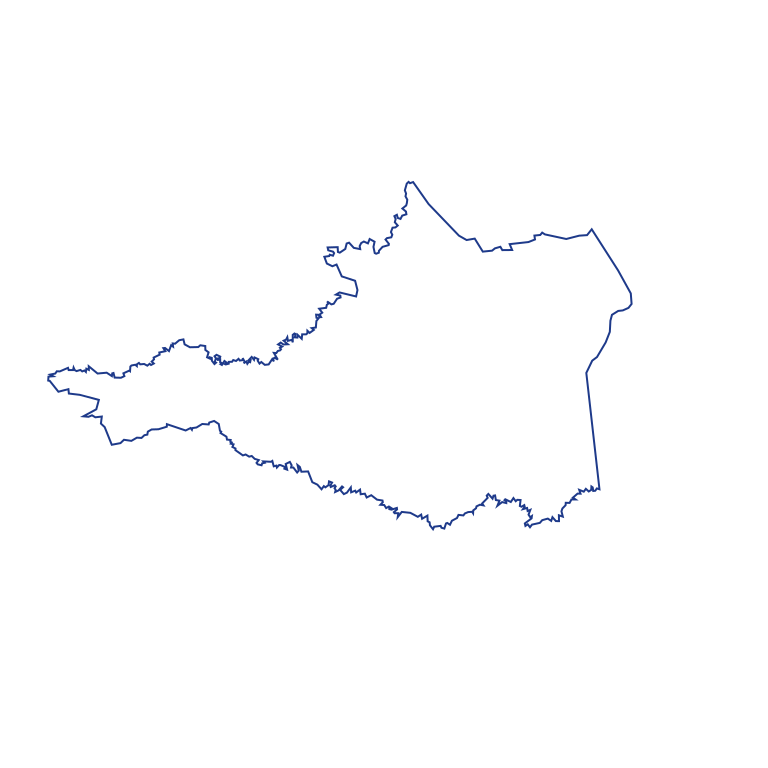 Simon Bolivar, Guayas, Ecuador, rotated 141°
{"feature_id": "8360857B9786839624042", "entity_name": "Simon Bolivar", "entity_type": "district", "adm_level": 2, "iso_a3": "ECU", "parent_name": "Ecuador", "parent_adm1": "Guayas", "projection": "orthographic", "projection_center": [-79.376, -2.042], "detail": "fine", "context": "isolated", "style": "outline", "palette": "blue", "viewbox_px": 768, "rotation_deg": 141, "n_neighbors": 0, "source": "geoboundaries", "source_scale": "gbopen_adm2", "svg_char_len": 6166}
<svg xmlns="http://www.w3.org/2000/svg" viewBox="0 0 768 768"><g transform="rotate(141 384 384)"><path d="M130.6,325.0L125.2,373.5L132.5,371.9L138.9,376.4L151.1,382.0L164.8,399.0L165.8,402.1L168.8,401.5L173.7,404.7L175.7,401.3L182.4,403.4L198.3,413.6L200.1,407.5L207.8,413.6L207.2,417.4L212.4,419.6L216.1,419.6L223.9,424.7L222.0,439.9L229.2,443.9L232.4,452.1L236.1,495.8L234.3,522.6L237.4,523.7L237.7,525.6L240.2,525.4L245.9,521.4L247.0,518.1L249.2,516.3L249.9,512.6L252.4,510.2L254.4,508.8L259.3,508.8L258.4,504.2L259.8,501.8L263.9,503.4L267.3,501.9L268.8,504.4L267.5,507.4L270.3,507.9L271.1,504.9L273.8,502.9L273.6,498.5L276.6,498.5L279.0,500.1L283.0,497.7L283.6,494.8L286.0,493.4L289.9,495.5L291.9,495.3L292.0,489.8L293.0,489.0L298.8,491.5L304.1,490.7L305.4,489.3L308.1,490.2L308.8,491.6L305.9,497.2L301.8,500.5L303.9,505.7L308.0,503.4L310.0,507.4L313.0,507.9L316.1,506.5L317.6,503.8L321.8,508.8L322.2,515.8L324.6,516.7L329.1,513.3L335.7,513.9L336.7,515.6L333.9,519.5L341.9,525.6L343.2,523.0L340.3,518.9L340.4,517.1L342.9,515.8L344.8,518.6L346.0,517.9L350.3,520.4L352.6,513.6L350.0,508.0L345.7,506.7L349.1,494.2L341.5,482.4L345.5,473.7L350.6,469.6L360.9,483.1L365.1,483.7L362.3,480.2L363.3,478.6L366.8,479.8L372.6,478.0L374.8,479.0L376.2,483.9L376.5,481.5L378.6,481.5L381.0,479.6L387.0,483.3L387.1,478.3L390.3,478.5L390.8,475.6L392.2,476.6L391.1,478.8L393.1,480.6L394.8,478.0L393.7,476.2L396.9,475.5L401.4,470.8L405.0,472.9L404.5,470.2L409.6,470.5L410.0,473.6L411.7,471.6L413.3,471.6L416.3,474.1L419.5,470.9L420.2,476.6L422.1,474.6L424.0,476.4L421.3,478.5L421.8,479.6L424.0,479.6L428.7,473.8L427.8,476.3L431.5,478.0L429.7,481.2L432.2,480.1L434.7,480.8L433.7,475.4L437.3,478.0L438.2,481.2L441.4,481.4L439.6,477.2L442.1,477.6L442.2,475.8L443.5,475.5L445.8,476.5L448.2,475.8L450.0,477.5L451.2,469.8L452.4,473.2L454.2,473.5L455.4,470.9L455.2,473.7L461.3,471.8L464.6,473.9L465.5,478.3L467.9,478.2L467.5,481.6L466.1,482.4L467.9,486.1L469.8,484.6L469.8,488.3L474.1,487.7L472.6,486.6L474.3,485.2L475.0,486.4L477.5,485.7L476.8,488.1L480.0,488.4L478.3,488.9L477.5,493.1L478.5,491.3L481.3,493.0L481.2,495.1L484.5,495.0L486.1,497.5L488.1,496.9L490.7,498.9L491.9,497.5L494.7,498.8L495.1,499.6L492.9,499.8L493.5,502.3L498.0,500.8L498.5,502.2L496.7,501.9L497.6,504.1L495.9,506.1L498.0,507.3L497.9,508.8L495.1,507.5L494.0,508.3L495.8,512.1L498.2,512.2L498.4,509.8L501.6,507.7L501.1,506.3L503.2,506.2L503.1,510.4L501.4,512.7L502.6,514.4L503.4,513.4L504.7,516.1L500.4,519.0L501.4,522.9L499.0,526.0L502.4,529.7L505.1,529.6L511.7,534.7L514.0,540.3L511.8,544.9L515.6,546.9L521.0,546.8L522.7,548.5L524.4,545.8L525.0,548.1L530.4,544.9L531.5,549.8L532.9,550.7L533.3,547.1L538.8,549.9L539.9,548.0L546.4,549.5L547.2,547.9L550.4,547.6L550.0,544.8L553.1,545.4L553.4,547.2L556.4,547.2L557.8,550.5L561.1,552.7L561.2,554.6L563.7,554.8L564.8,553.5L565.2,555.5L568.6,557.3L570.1,557.2L573.3,553.8L573.5,554.7L579.8,556.3L580.8,553.5L584.5,554.4L589.3,558.5L587.3,562.8L588.5,563.3L590.5,561.4L592.4,567.3L600.0,572.4L602.3,583.6L604.5,580.7L605.7,583.2L608.1,581.0L608.3,583.0L610.6,583.7L611.1,586.0L614.8,587.5L615.6,589.4L614.9,592.1L616.9,590.5L620.3,593.3L619.4,595.4L628.0,597.8L630.3,599.8L632.9,599.0L637.5,601.4L636.2,598.2L640.1,600.9L642.8,598.0L641.8,596.7L641.9,582.9L632.5,578.6L634.9,574.9L627.3,567.1L615.6,551.1L623.5,545.4L638.0,548.1L634.3,544.5L630.6,543.4L629.3,539.8L623.8,536.3L628.9,531.4L628.2,526.3L633.8,508.1L626.0,503.9L621.2,504.3L616.1,498.8L609.8,497.8L606.4,494.7L602.4,495.0L599.8,493.6L597.5,495.6L593.2,494.9L587.8,490.8L579.7,487.5L578.0,489.4L567.4,472.7L562.0,471.5L562.1,469.3L560.6,470.3L557.1,468.2L550.4,467.3L545.7,462.9L544.1,464.0L539.3,462.2L537.6,456.9L540.9,450.9L540.5,449.4L541.9,448.8L539.6,442.2L541.0,439.6L538.4,437.0L539.8,435.8L539.1,434.4L540.6,434.0L538.9,431.8L541.4,430.5L540.0,427.3L541.1,426.1L538.6,417.3L535.9,416.3L534.5,412.4L532.1,411.3L531.6,407.2L529.2,403.7L532.7,402.9L532.7,401.0L530.3,397.9L528.6,399.0L526.4,397.9L526.5,399.8L520.8,394.7L519.2,394.5L521.5,389.4L519.0,388.3L519.8,386.5L516.4,387.0L515.4,386.0L513.1,381.8L514.7,380.9L513.2,378.4L510.7,383.7L506.2,382.7L506.9,379.0L508.8,377.6L507.0,376.1L507.2,369.9L504.8,370.3L502.2,375.4L501.6,372.5L503.4,367.8L498.0,363.8L501.5,352.8L499.1,347.7L498.8,341.5L495.0,342.5L494.6,340.6L490.8,340.3L488.0,342.9L486.4,340.1L489.7,338.8L490.2,337.5L486.0,336.3L486.0,334.8L488.0,334.2L488.2,332.1L489.9,330.8L486.4,329.9L481.1,330.8L480.8,329.5L484.7,329.3L484.5,323.7L481.2,322.9L474.9,324.5L477.7,320.5L473.5,319.2L473.9,317.2L469.1,317.0L471.5,313.0L467.9,310.8L468.9,306.7L463.9,305.6L462.2,298.5L458.5,294.4L459.3,292.9L462.8,292.4L460.0,289.8L460.4,286.2L457.3,285.7L456.3,282.7L458.0,284.2L458.6,283.4L457.2,281.6L452.0,279.6L452.8,278.3L457.0,278.2L457.1,276.9L454.2,274.6L457.1,271.9L450.7,273.4L444.6,267.3L441.3,259.5L437.3,259.1L439.2,255.3L433.1,254.4L436.5,249.8L435.6,247.8L437.2,245.3L437.3,240.3L434.8,241.5L429.3,238.1L429.8,236.1L428.1,233.7L423.6,236.6L422.3,236.2L421.3,233.1L417.3,235.0L411.6,233.9L408.5,235.4L405.0,231.9L402.6,232.5L399.2,231.5L395.9,229.2L396.1,227.5L394.2,229.6L390.7,229.5L389.1,230.7L385.4,229.8L383.1,227.1L382.9,229.4L375.1,230.3L374.4,232.6L372.1,232.9L371.8,226.6L369.2,228.3L367.8,227.5L370.1,223.4L367.7,220.7L372.5,218.0L366.5,217.9L363.9,214.5L362.7,216.0L363.4,217.9L362.3,218.1L359.7,212.5L355.2,213.9L355.4,210.0L353.3,210.1L350.9,207.9L355.2,203.7L354.4,202.1L351.2,201.6L351.9,200.1L354.7,199.3L350.8,197.6L352.3,194.9L349.5,194.1L353.9,191.5L354.2,188.4L352.2,188.3L353.9,186.7L362.3,187.0L363.4,184.7L360.6,184.5L360.7,180.8L357.5,181.6L350.3,178.0L346.7,178.6L341.4,176.3L340.2,172.4L336.9,174.5L336.7,169.3L334.3,167.3L330.7,171.9L328.5,168.4L326.2,173.4L323.7,175.0L319.2,175.5L317.5,177.3L314.6,174.8L311.0,176.3L307.8,173.7L308.7,176.8L302.5,177.0L300.3,175.1L298.9,178.9L296.5,174.6L293.1,175.5L292.5,171.6L289.6,171.3L287.3,173.8L286.9,172.3L288.7,169.2L287.0,168.1L284.3,168.9L282.8,166.6L219.8,265.3L207.5,271.1L201.5,270.9L185.6,276.8L175.7,282.4L168.2,290.7L163.3,294.3L156.0,293.4L152.1,290.9L146.1,289.3L141.2,290.4L135.2,299.1L130.6,325.0Z" fill="none" stroke="#1e3a8a" stroke-width="2"/></g></svg>